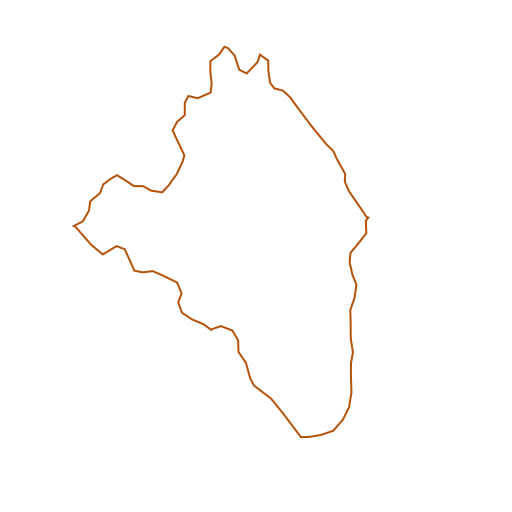 outline of Uppvidinge, Kronoberg, Sweden, rotated 53°
{"feature_id": "70781695B81795147571937", "entity_name": "Uppvidinge", "entity_type": "district", "adm_level": 2, "iso_a3": "SWE", "parent_name": "Sweden", "parent_adm1": "Kronoberg", "projection": "robinson", "projection_center": [15.412, 57.055], "detail": "fine", "context": "isolated", "style": "outline", "palette": "amber", "viewbox_px": 512, "rotation_deg": 53, "n_neighbors": 0, "source": "geoboundaries", "source_scale": "gbopen_adm2", "svg_char_len": 1400}
<svg xmlns="http://www.w3.org/2000/svg" viewBox="0 0 512 512"><g transform="rotate(53 256 256)"><path d="M390.4,236.1L378.8,229.9L366.3,220.6L356.0,213.3L348.7,202.5L339.4,193.1L329.1,190.3L317.7,185.2L310.4,178.7L307.3,165.8L304.2,154.2L293.9,147.0L292.9,143.2L290.9,144.2L279.9,143.6L260.3,142.8L250.0,140.3L244.1,135.4L226.3,132.9L218.9,131.1L208.8,132.6L186.0,133.5L162.4,133.5L150.1,133.2L140.1,135.0L133.1,140.5L126.1,140.5L115.1,134.4L107.3,128.6L97.6,131.7L102.0,137.8L104.6,153.6L97.1,157.3L83.1,152.4L73.1,153.3L69.9,155.3L72.9,164.3L72.9,175.1L81.0,181.4L91.6,187.6L98.2,193.9L94.9,207.6L87.5,213.8L90.8,220.7L100.6,228.1L101.4,238.4L105.4,246.9L112.8,248.6L132.4,252.6L136.5,257.8L143.0,270.3L147.1,283.5L148.7,292.6L140.5,300.6L132.3,304.1L126.6,311.5L115.1,315.5L107.8,318.4L106.9,325.3L106.9,335.0L111.8,342.5L112.6,355.6L119.2,362.0L124.1,373.4L122.4,383.4L124.0,382.6L147.8,380.9L162.5,377.4L164.2,361.4L171.6,356.8L184.7,359.7L194.5,362.0L201.0,356.2L205.9,347.6L214.9,342.5L229.7,335.0L241.1,337.9L246.0,345.9L256.7,349.3L268.1,345.3L278.8,339.0L288.1,336.2L287.8,335.6L290.9,326.2L301.3,319.7L312.7,321.1L322.0,327.7L335.5,328.4L350.0,334.2L358.3,335.6L379.0,329.8L399.7,329.1L412.1,329.1L427.7,329.1L432.8,321.9L438.0,311.7L442.1,299.4L438.9,284.9L432.7,272.6L422.3,261.8L407.8,251.6L398.5,244.4L391.2,236.5L390.4,236.1Z" fill="none" stroke="#b45309" stroke-width="2"/></g></svg>